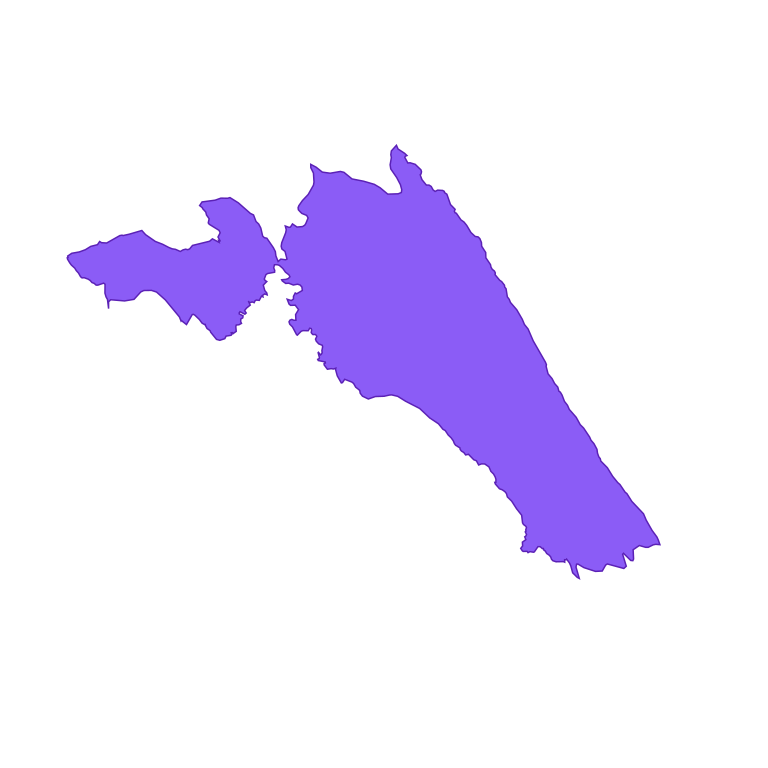 Kigoma, Kigoma, United Republic of Tanzania (Equal Earth projection), rotated 141°
{"feature_id": "72390352B30674118715659", "entity_name": "Kigoma", "entity_type": "district", "adm_level": 2, "iso_a3": "TZA", "parent_name": "United Republic of Tanzania", "parent_adm1": "Kigoma", "projection": "equal_earth", "projection_center": [29.769, -4.701], "detail": "fine", "context": "isolated", "style": "filled", "palette": "violet", "viewbox_px": 768, "rotation_deg": 141, "n_neighbors": 0, "source": "geoboundaries", "source_scale": "gbopen_adm2", "svg_char_len": 6133}
<svg xmlns="http://www.w3.org/2000/svg" viewBox="0 0 768 768"><g transform="rotate(141 384 384)"><path d="M354.6,110.0L350.0,120.9L347.7,122.8L346.6,122.0L344.2,115.5L337.6,105.3L332.1,101.3L325.7,103.8L323.7,103.6L313.7,89.7L310.4,89.9L305.7,101.5L304.4,101.7L303.3,91.6L301.8,90.1L300.2,90.9L294.7,98.4L287.2,97.8L283.5,92.5L281.4,90.8L276.0,89.6L273.7,88.4L270.7,85.5L269.1,89.9L268.2,93.3L267.8,101.6L265.9,113.2L264.0,119.8L265.3,136.8L264.2,146.0L264.7,148.1L263.9,157.4L264.4,160.3L264.4,168.4L263.1,178.4L264.0,187.6L262.9,190.0L262.9,192.2L261.6,195.9L259.6,199.2L258.4,205.4L258.5,210.1L257.6,213.3L256.6,224.1L257.1,228.9L255.6,237.2L256.0,247.6L254.8,252.0L254.7,256.9L252.6,263.3L252.1,266.7L252.6,268.4L250.9,272.2L251.1,277.0L250.0,282.4L250.1,288.7L246.9,295.7L245.6,296.8L244.8,299.4L240.9,323.6L237.4,336.1L237.4,341.9L235.8,347.3L234.1,358.2L234.4,367.8L233.4,371.0L233.3,374.1L229.2,381.2L229.2,383.4L228.2,385.0L228.1,389.5L228.8,391.8L228.9,399.0L227.6,400.3L227.1,402.2L227.7,405.1L227.3,407.5L226.1,409.8L225.4,418.0L222.2,422.2L221.4,429.6L219.2,432.7L218.0,436.7L218.3,439.1L220.3,441.3L221.1,447.0L219.9,455.2L219.9,459.6L220.9,463.1L220.3,471.2L221.0,472.3L220.6,474.0L218.8,475.0L219.4,481.6L215.7,491.9L216.5,494.7L215.9,495.7L216.6,497.5L220.3,500.9L223.1,501.5L223.7,503.9L223.0,507.8L223.8,510.2L225.9,512.0L225.9,518.9L224.6,522.8L224.1,523.9L223.1,523.9L221.3,525.3L220.5,527.2L221.5,535.1L224.5,539.5L226.4,540.8L225.2,547.1L224.1,547.6L222.4,547.1L222.8,550.3L225.2,557.8L224.1,561.7L231.6,560.5L234.4,557.9L235.8,555.3L241.3,550.5L243.4,546.9L244.2,536.5L245.8,528.6L247.9,523.9L250.0,521.9L253.3,522.9L261.6,529.2L263.5,538.9L265.9,545.3L272.2,554.4L279.8,563.5L281.9,573.7L284.1,576.6L293.2,581.7L298.6,587.5L300.3,595.2L302.7,600.8L304.8,598.1L306.1,592.3L311.3,585.0L313.7,582.9L323.6,579.0L331.9,577.9L337.9,576.2L339.8,575.1L340.9,573.3L340.8,570.9L340.5,568.3L338.0,563.7L338.5,560.8L343.8,557.9L345.7,557.3L348.2,557.6L352.8,560.7L354.4,566.0L358.0,564.8L359.3,565.6L361.3,568.9L362.9,565.4L365.3,563.4L374.5,558.2L377.2,555.8L378.4,553.2L377.5,549.3L380.8,542.1L382.3,542.5L385.6,546.0L389.2,545.8L387.4,551.6L385.1,555.3L384.2,559.5L383.3,571.0L384.9,573.0L385.2,575.3L381.6,582.7L380.7,587.2L381.2,590.8L379.0,597.5L380.5,600.7L383.2,616.5L386.4,625.8L388.7,626.8L393.8,631.1L399.5,633.1L410.8,640.0L415.0,638.7L414.2,635.3L414.6,634.4L414.3,629.8L415.6,627.0L415.9,622.5L419.2,619.8L419.3,618.1L415.5,607.2L416.2,604.6L420.5,602.7L421.3,598.4L421.9,598.4L422.3,599.4L423.0,597.8L426.0,604.8L429.7,604.7L445.6,612.2L450.1,611.3L452.0,611.9L453.3,613.6L455.7,614.7L458.9,615.2L461.3,619.9L463.5,622.3L465.3,625.5L468.1,631.9L472.0,638.7L475.3,650.1L475.6,655.7L487.8,660.8L493.4,663.6L493.9,664.5L495.9,665.6L510.8,668.1L514.6,671.6L515.3,673.7L519.0,672.6L525.3,675.5L531.6,676.3L537.7,678.4L544.4,682.1L549.3,682.5L550.0,681.1L550.8,681.4L551.4,680.0L552.0,675.8L552.1,673.1L551.4,668.6L551.8,665.8L551.6,662.5L552.3,658.3L551.9,656.5L550.1,655.3L547.9,651.6L547.2,649.4L547.1,646.6L545.9,644.6L545.5,642.0L544.1,640.9L538.4,638.8L538.0,637.1L543.7,630.2L545.2,626.6L545.7,623.7L550.6,615.9L546.3,621.2L543.4,621.5L533.3,611.8L525.0,607.1L515.1,608.6L511.8,607.8L505.8,603.1L502.9,598.6L501.0,587.0L500.8,564.9L502.0,560.9L501.6,561.1L500.1,554.5L489.4,558.6L488.4,558.2L487.7,556.7L486.9,550.3L487.1,545.8L485.8,542.5L484.8,543.2L485.8,542.5L486.6,538.5L485.6,534.9L486.1,533.3L486.1,524.1L484.1,521.3L479.2,519.4L476.6,520.6L472.2,518.1L471.1,518.3L470.4,520.0L469.3,519.2L469.5,518.1L465.7,517.9L463.1,521.8L461.7,522.8L459.4,521.3L456.6,520.8L456.2,522.5L454.5,524.6L452.1,524.3L450.6,525.7L452.4,529.6L451.6,530.5L450.4,530.8L448.2,525.8L446.4,525.9L446.1,528.8L443.2,529.5L438.3,529.5L437.2,533.9L437.4,531.8L434.8,530.7L433.7,528.9L432.0,529.8L430.4,529.6L428.3,527.5L424.0,529.3L423.2,527.9L422.6,529.3L420.0,529.1L418.7,526.8L417.8,528.5L417.8,531.7L415.6,536.8L410.6,537.4L411.2,539.2L411.0,540.9L406.9,543.3L404.9,543.1L398.7,539.7L397.4,541.1L396.6,543.7L394.1,545.6L391.9,543.9L390.7,542.1L389.9,537.5L390.2,532.9L389.2,528.6L389.6,526.5L392.0,526.2L394.3,527.0L397.9,529.4L398.2,528.1L397.1,524.0L394.6,522.3L392.2,518.0L388.4,516.0L386.9,513.7L386.8,511.0L388.6,508.1L395.1,509.1L395.7,510.6L399.2,509.1L400.9,507.0L403.5,507.2L405.9,510.8L407.5,505.8L407.1,503.9L403.4,501.1L403.6,495.6L409.0,493.6L412.3,489.0L413.9,490.2L415.0,492.2L416.9,492.8L418.7,492.1L419.6,489.8L419.2,486.0L420.9,477.3L420.6,476.5L415.2,477.1L413.4,476.5L409.4,473.1L406.6,474.1L405.7,472.9L406.2,471.6L408.2,469.8L408.3,468.4L408.1,467.1L406.2,465.7L406.0,464.2L406.3,463.2L409.0,462.0L409.7,459.9L409.5,456.3L407.6,452.9L408.3,451.5L411.3,449.0L412.3,447.3L413.8,446.6L414.9,446.5L415.0,449.9L415.5,449.8L417.5,445.3L418.4,444.5L420.0,444.9L420.3,443.6L415.8,438.1L416.4,437.2L417.7,437.6L418.5,436.5L418.7,431.1L415.4,429.2L413.9,427.5L411.5,426.6L412.5,425.8L415.2,419.7L416.5,411.7L415.4,411.2L411.6,412.4L407.8,405.8L407.3,403.6L408.0,399.3L406.9,394.3L408.3,391.8L408.4,388.1L405.6,382.2L398.6,379.7L391.6,374.4L386.6,371.9L384.9,370.7L381.1,365.8L378.0,356.8L371.7,342.6L369.8,328.7L366.7,318.8L366.7,311.7L365.7,309.3L366.2,304.0L365.7,300.1L365.9,296.3L366.8,293.4L366.9,291.3L365.2,286.6L366.0,285.1L366.0,283.1L365.1,280.5L365.2,277.5L362.6,276.2L361.9,268.6L360.5,266.2L361.4,261.5L358.4,260.5L356.0,258.4L354.6,253.6L355.9,248.8L355.5,245.1L356.1,241.8L357.0,239.5L359.0,237.1L359.8,237.8L360.4,236.3L360.2,229.9L358.7,227.4L357.8,224.3L357.8,221.8L359.2,218.6L358.5,212.6L359.5,203.6L359.6,195.4L363.7,188.9L364.0,187.1L363.3,184.1L363.6,182.8L365.7,181.4L366.2,180.3L367.3,180.2L367.9,177.4L369.4,176.6L370.8,176.7L371.7,173.8L376.0,174.0L378.2,170.9L381.2,170.2L381.5,167.3L381.2,166.3L378.1,163.9L378.2,162.3L376.1,161.9L373.7,159.2L372.8,158.9L366.7,160.7L365.0,159.3L364.5,156.3L363.7,155.9L364.3,154.0L363.8,152.9L364.2,149.9L363.3,146.8L363.3,144.6L364.1,142.5L364.0,140.4L362.2,137.6L356.4,133.1L355.7,131.8L354.2,133.8L353.1,132.8L352.3,133.0L352.5,128.2L353.3,125.1L356.2,118.5L355.5,112.1L354.6,110.0Z" fill="#8b5cf6" stroke="#5b21b6" stroke-width="1.5"/></g></svg>